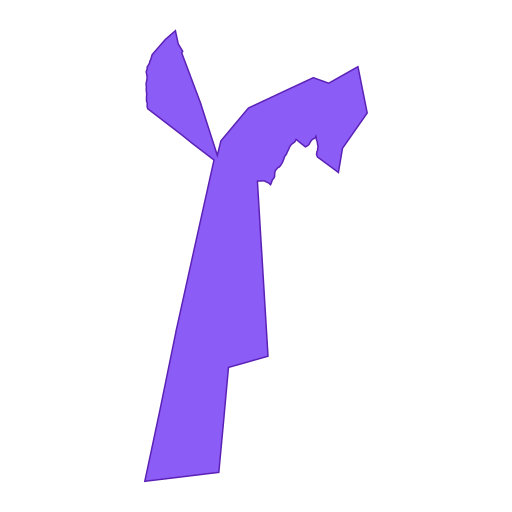 Sebastião Leal, Piauí, Brazil (Equal Earth projection)
{"feature_id": "56859067B27989040236964", "entity_name": "Sebastião Leal", "entity_type": "district", "adm_level": 2, "iso_a3": "BRA", "parent_name": "Brazil", "parent_adm1": "Piauí", "projection": "equal_earth", "projection_center": [-44.056, -7.769], "detail": "fine", "context": "isolated", "style": "filled", "palette": "violet", "viewbox_px": 512, "rotation_deg": 0, "n_neighbors": 0, "source": "geoboundaries", "source_scale": "gbopen_adm2", "svg_char_len": 1528}
<svg xmlns="http://www.w3.org/2000/svg" viewBox="0 0 512 512"><path d="M165.4,39.4L152.2,54.6L151.2,57.8L150.8,59.5L150.0,60.8L149.4,63.3L148.2,65.4L147.2,66.9L147.1,69.3L146.3,71.3L146.3,72.6L146.9,75.4L147.1,78.1L146.9,79.3L146.6,81.2L146.2,82.8L146.1,84.1L146.4,87.7L146.2,89.5L146.6,93.5L146.7,94.8L146.5,96.4L146.5,100.9L147.3,103.5L147.1,106.6L147.7,108.7L167.3,123.8L182.3,135.3L183.3,136.1L191.8,143.0L214.0,160.0L194.0,250.0L176.9,327.3L176.3,329.8L175.6,333.5L159.6,411.7L144.8,481.3L205.1,474.0L218.8,472.4L223.0,427.7L227.7,376.0L228.5,367.4L268.0,356.2L261.6,250.4L261.1,242.8L257.4,181.1L264.3,180.8L265.8,181.7L266.9,182.1L268.8,183.1L270.5,184.7L271.3,183.1L272.2,180.3L273.2,178.9L274.1,177.8L274.6,176.4L274.7,173.6L275.0,171.7L275.5,170.3L277.0,168.7L277.9,167.6L279.1,167.1L280.1,166.1L281.4,164.2L282.6,162.1L283.6,159.5L284.6,156.6L286.6,153.9L287.0,152.5L288.8,149.0L289.5,147.2L290.3,145.9L291.2,144.6L292.3,143.7L294.6,142.1L295.5,140.7L296.1,139.4L305.4,146.9L306.4,146.4L307.5,145.7L308.6,144.9L309.4,143.7L310.4,141.9L311.4,140.4L312.9,139.0L314.1,138.6L315.3,137.6L315.9,136.3L316.3,138.0L316.3,139.5L317.2,141.5L317.4,143.3L317.7,145.0L318.1,147.0L317.6,148.7L317.6,150.3L316.9,151.7L316.5,154.6L317.5,157.0L335.4,170.2L338.4,172.5L342.5,148.3L367.2,113.0L358.4,68.9L357.9,66.7L328.7,83.2L313.3,77.7L289.2,88.9L248.5,108.0L246.4,110.4L220.9,140.9L217.3,155.3L201.4,105.8L200.9,104.0L181.7,52.9L182.7,51.3L178.2,43.8L175.4,30.7L165.4,39.4Z" fill="#8b5cf6" stroke="#5b21b6" stroke-width="1.5"/></svg>